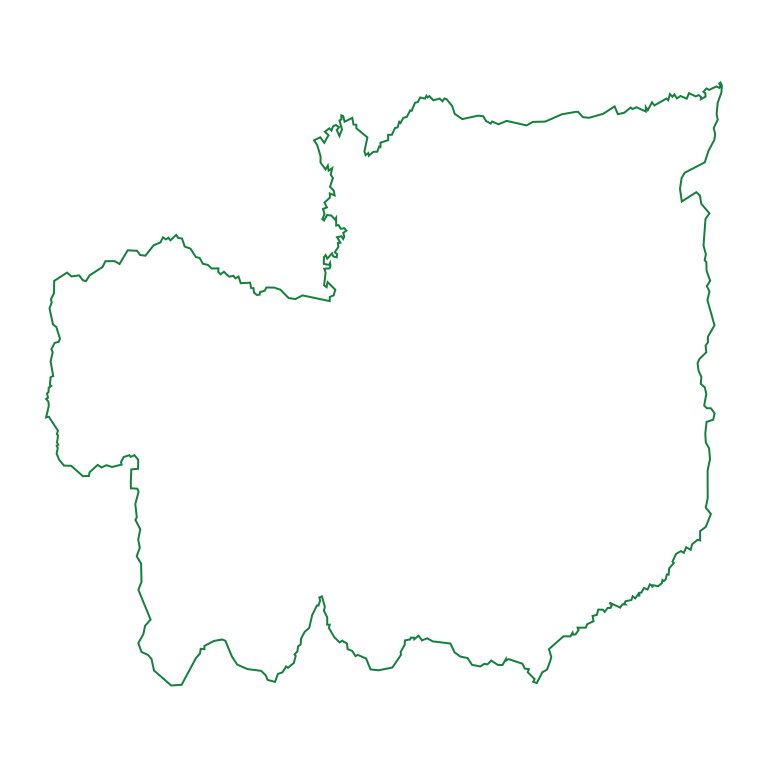 outline of Si Thep, Phetchabun, Thailand
{"feature_id": "78962969B52356787217870", "entity_name": "Si Thep", "entity_type": "district", "adm_level": 2, "iso_a3": "THA", "parent_name": "Thailand", "parent_adm1": "Phetchabun", "projection": "equal_earth", "projection_center": [101.094, 15.447], "detail": "fine", "context": "isolated", "style": "outline", "palette": "green", "viewbox_px": 768, "rotation_deg": 0, "n_neighbors": 0, "source": "geoboundaries", "source_scale": "gbopen_adm2", "svg_char_len": 6036}
<svg xmlns="http://www.w3.org/2000/svg" viewBox="0 0 768 768"><path d="M700.1,540.4L700.1,531.1L705.8,526.9L710.9,513.9L705.7,507.6L707.7,498.4L707.6,470.6L710.0,459.0L709.1,448.3L705.8,442.5L705.3,433.3L706.6,421.9L713.2,419.7L714.6,413.4L711.0,408.3L706.8,408.2L704.2,405.6L706.3,393.9L704.8,387.4L700.8,383.8L701.4,377.0L698.5,370.7L697.6,363.1L699.3,359.1L706.3,352.3L705.6,345.6L707.9,342.4L707.9,336.7L714.5,325.3L707.4,300.1L709.5,291.5L706.8,286.1L710.2,280.8L706.6,270.9L706.3,262.1L704.7,260.2L705.9,254.4L703.5,245.5L705.5,219.0L709.4,213.3L701.3,203.8L699.9,195.4L696.3,192.2L681.8,201.5L680.0,188.8L681.6,178.0L684.8,172.7L704.8,162.3L708.6,150.6L714.3,139.9L715.2,134.4L713.7,128.0L717.7,119.6L716.6,113.9L717.7,102.9L721.4,92.4L721.9,85.6L720.5,82.5L719.2,83.5L720.6,86.0L719.4,87.9L716.3,86.5L709.1,89.9L706.5,88.5L703.4,91.8L705.4,93.3L705.5,96.7L700.8,99.2L700.9,96.8L698.6,95.1L695.7,96.4L689.0,93.2L686.7,98.7L680.5,96.0L676.9,98.4L674.3,94.4L672.4,96.7L669.9,94.1L668.2,100.2L666.4,98.6L654.4,105.4L652.0,102.3L647.8,110.2L645.8,107.1L645.8,111.5L636.5,107.3L632.4,109.0L630.7,107.5L624.4,112.7L617.9,114.2L614.6,106.4L603.2,113.8L589.0,117.8L582.9,117.2L578.2,111.9L575.6,111.9L561.8,114.3L545.2,121.6L532.8,121.9L526.6,125.4L506.7,120.9L498.4,124.3L492.2,121.5L490.7,123.5L486.0,121.0L483.3,116.3L478.4,115.6L462.2,119.1L454.7,113.8L452.1,105.9L446.6,99.2L444.5,98.5L442.5,101.2L439.6,98.6L433.4,100.3L429.4,96.1L427.5,97.4L426.4,95.8L424.9,98.6L420.2,97.5L417.9,102.0L415.0,102.8L411.7,110.8L410.2,110.4L406.9,116.8L403.3,117.9L400.5,123.0L399.3,121.8L397.6,127.4L395.0,128.0L391.9,134.8L388.1,134.8L388.2,140.1L380.5,142.7L380.4,147.1L379.2,146.6L377.3,151.7L373.4,151.8L368.8,155.7L368.3,153.1L365.6,155.1L364.4,151.5L367.4,137.4L356.4,128.3L356.3,124.8L353.5,124.5L352.3,117.9L344.6,121.7L343.2,116.2L341.3,115.4L341.4,119.4L339.5,120.4L342.0,129.5L339.4,136.0L336.8,130.0L339.1,127.2L335.7,125.0L333.1,126.3L331.4,130.6L329.3,128.4L324.9,131.7L328.5,135.2L324.2,142.8L320.3,137.3L314.0,140.3L317.3,145.3L320.6,156.5L320.5,162.5L325.5,169.4L327.8,165.6L328.6,170.7L332.2,168.2L330.7,174.6L332.9,178.1L330.0,186.8L333.7,190.5L334.6,195.4L329.8,193.5L329.9,197.6L324.5,202.6L326.9,207.4L323.0,208.9L324.5,214.1L322.3,219.1L324.0,220.5L327.0,215.1L331.3,215.5L334.9,219.5L336.1,217.7L336.2,225.6L338.6,225.1L340.6,228.7L344.5,228.3L346.3,230.7L343.2,232.9L344.3,236.5L343.2,239.0L341.4,236.2L337.0,237.2L340.4,242.7L337.9,243.2L338.4,246.9L334.8,252.2L337.1,254.2L336.7,257.3L333.3,256.5L332.0,253.4L327.3,258.6L325.6,255.1L323.9,257.2L323.8,263.9L329.1,264.9L330.1,262.9L330.5,265.7L329.7,268.3L324.3,268.8L325.6,272.6L324.1,285.4L326.6,287.2L327.6,282.1L335.3,289.7L333.7,295.3L329.8,297.0L329.7,301.1L302.5,295.4L295.4,299.1L288.6,298.0L280.4,289.7L274.2,287.6L266.4,287.5L264.7,290.7L260.0,292.1L259.6,294.7L256.8,294.9L254.0,292.6L253.5,288.2L251.2,288.1L250.1,282.7L240.7,283.2L238.5,276.5L235.5,278.4L233.3,275.8L229.2,276.7L223.9,271.8L220.5,274.3L218.2,271.7L218.4,268.4L211.6,268.5L207.9,264.9L202.9,263.8L199.6,257.9L195.9,257.1L190.5,248.7L184.7,246.5L182.0,238.5L178.2,237.9L176.2,234.9L170.4,240.3L168.3,237.7L166.0,239.4L163.0,237.4L160.4,242.5L153.7,245.2L145.4,255.7L140.2,255.0L137.1,250.8L127.7,250.3L119.5,264.0L114.6,261.1L105.4,261.2L102.6,267.0L89.5,275.4L86.0,281.2L82.7,280.1L79.2,275.4L71.4,276.4L67.0,272.6L54.2,280.9L54.0,293.1L50.9,299.3L51.7,302.5L49.5,308.3L53.0,324.5L56.3,327.0L60.0,338.7L58.7,341.8L54.7,342.9L51.4,349.2L52.7,352.3L50.6,361.4L53.2,376.0L50.6,377.2L49.9,384.8L51.3,385.9L48.7,387.7L48.5,392.2L47.0,393.4L48.0,397.8L46.1,399.0L48.4,401.5L48.8,405.8L46.1,417.4L48.8,416.7L58.0,430.8L56.8,434.2L58.1,435.4L57.0,442.4L58.2,444.8L56.7,445.8L57.8,447.9L56.6,453.6L59.1,459.6L64.0,465.6L71.2,465.8L82.9,476.2L88.9,476.0L89.6,472.2L97.7,464.9L101.5,467.5L106.4,465.2L112.0,467.0L121.6,464.6L121.0,462.1L123.7,457.0L129.3,455.2L130.7,456.9L134.4,455.2L138.2,459.8L138.1,468.8L131.3,469.4L130.8,481.3L130.9,488.3L137.4,488.7L138.6,491.7L135.3,504.0L136.8,517.2L135.4,519.9L140.3,529.3L138.2,539.6L139.8,547.6L136.7,556.3L141.1,563.7L141.5,581.7L138.4,589.9L150.6,619.6L145.1,625.8L143.4,634.1L138.3,643.1L141.5,651.9L148.0,654.9L151.5,658.9L154.0,670.5L171.2,685.5L181.6,684.8L196.1,657.8L200.0,653.5L200.7,648.8L204.5,649.1L204.4,646.0L214.0,640.9L222.4,639.5L225.4,640.8L231.9,656.5L237.2,664.6L247.5,669.1L261.1,670.8L265.8,675.4L267.6,679.9L275.0,681.9L278.0,673.9L282.5,672.3L286.1,666.5L287.9,667.8L293.8,663.0L295.7,655.9L294.6,654.4L297.4,651.4L298.1,646.3L300.6,644.6L301.1,638.5L304.7,631.8L309.2,627.9L312.2,615.0L317.0,605.4L318.4,605.6L320.1,600.7L319.4,597.4L321.9,596.4L324.9,607.0L323.9,610.6L327.2,617.3L327.2,624.7L329.7,624.7L328.9,628.0L334.4,637.3L339.7,642.4L342.2,640.7L347.0,643.6L347.6,649.1L352.3,651.0L355.5,656.1L357.7,654.9L366.1,658.5L370.5,669.4L378.5,670.3L392.4,667.5L401.0,654.8L400.6,652.0L404.6,644.9L405.0,640.4L410.3,639.4L410.9,637.6L414.1,637.7L414.3,639.3L418.5,635.7L422.0,640.4L427.2,638.3L432.7,641.4L450.4,643.5L454.7,652.5L460.3,656.5L467.6,658.1L472.0,664.8L480.4,666.5L484.3,663.8L487.4,664.4L491.2,660.6L497.8,664.9L502.5,665.0L505.9,659.1L506.0,660.6L508.5,659.1L522.4,663.7L524.7,668.5L528.9,669.2L527.7,672.2L534.6,679.1L533.2,681.7L536.8,683.1L542.3,672.3L547.0,669.6L549.9,662.0L551.3,657.1L549.0,649.1L563.5,636.3L570.4,636.4L572.6,632.6L573.2,634.7L575.5,634.4L578.6,630.1L577.6,627.7L585.8,627.7L587.3,624.1L593.5,621.2L592.6,616.0L596.8,614.9L598.3,609.6L602.9,609.7L604.6,611.9L607.6,608.0L610.6,607.9L611.7,605.5L609.5,602.6L620.2,607.6L622.3,604.4L625.4,604.4L624.3,603.4L625.6,601.2L631.4,600.0L632.7,596.3L635.2,598.4L638.2,594.2L639.5,596.4L639.2,592.8L641.4,592.6L644.0,588.0L647.6,589.5L649.8,584.4L652.3,585.7L652.2,587.5L653.2,585.2L658.0,586.2L661.8,583.3L662.5,580.0L663.9,581.1L665.8,579.1L666.8,574.5L668.6,574.7L669.2,568.3L673.8,563.0L672.5,561.5L676.0,554.0L680.9,551.1L683.9,552.8L686.2,547.3L690.7,549.8L692.1,544.2L697.5,539.9L700.1,540.4Z" fill="none" stroke="#15803d" stroke-width="2"/></svg>